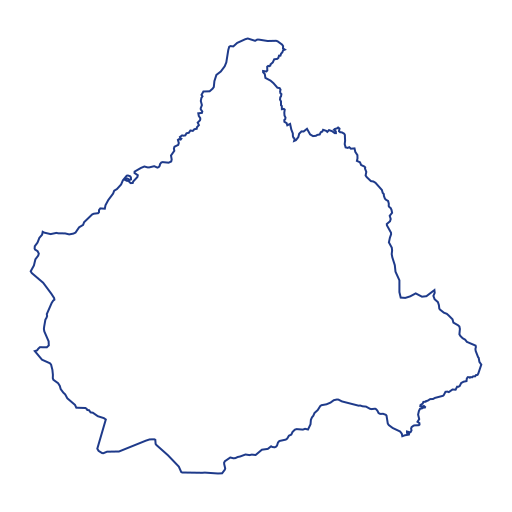 outline of Letefoho, Ermera, East Timor
{"feature_id": "22284137B23883045309989", "entity_name": "Letefoho", "entity_type": "district", "adm_level": 2, "iso_a3": "TLS", "parent_name": "East Timor", "parent_adm1": "Ermera", "projection": "albers", "projection_center": [125.458, -8.838], "detail": "fine", "context": "isolated", "style": "outline", "palette": "blue", "viewbox_px": 512, "rotation_deg": 0, "n_neighbors": 0, "source": "geoboundaries", "source_scale": "gbopen_adm2", "svg_char_len": 5980}
<svg xmlns="http://www.w3.org/2000/svg" viewBox="0 0 512 512"><path d="M284.8,49.6L283.0,48.4L283.1,46.1L282.1,44.6L277.6,41.3L276.1,40.8L267.6,41.0L258.9,39.6L257.2,39.6L255.1,40.8L247.8,38.5L245.3,39.2L237.2,42.9L233.3,46.4L230.4,46.1L229.2,46.8L228.3,49.9L226.3,62.4L224.7,66.3L220.8,71.5L216.4,74.9L214.4,81.1L213.8,87.0L212.6,88.7L209.6,91.3L203.4,91.5L201.5,94.9L202.5,96.3L201.4,97.9L200.8,101.0L201.9,105.1L200.7,108.3L200.8,109.4L202.3,111.5L201.9,112.9L198.3,113.3L198.8,116.0L200.2,118.0L200.3,119.1L200.0,120.3L197.7,122.6L198.9,125.1L196.9,127.3L196.7,128.8L194.4,129.2L192.8,130.9L190.4,130.5L188.8,132.8L186.5,133.3L185.3,135.4L183.3,135.7L182.1,135.4L179.9,137.0L180.3,138.1L181.3,138.7L180.6,139.6L178.9,139.2L177.9,139.9L178.8,143.0L178.2,144.9L174.5,146.7L173.9,148.5L174.3,150.8L171.0,155.5L171.7,159.5L171.2,161.5L168.6,162.7L162.6,162.1L161.3,162.5L160.0,164.2L159.7,165.8L158.7,167.1L157.4,167.6L154.2,166.2L149.2,167.4L147.6,167.4L144.4,166.5L141.0,167.9L134.6,171.6L134.5,173.0L137.8,175.2L137.4,177.0L133.2,181.5L132.7,183.0L130.6,183.1L128.4,180.9L127.1,180.9L125.4,180.1L126.2,178.7L127.3,178.5L129.8,179.9L131.0,179.4L130.9,177.4L130.2,176.3L127.9,175.5L126.7,175.7L122.9,180.3L121.1,184.5L116.9,189.1L114.2,190.7L113.1,193.6L108.3,200.0L105.5,205.2L104.8,208.7L100.3,208.4L99.0,210.1L99.0,212.2L98.1,213.2L93.9,213.7L92.2,214.4L84.1,222.2L83.1,224.9L79.1,227.3L75.5,232.6L73.4,233.6L69.2,234.4L65.1,233.4L58.3,233.3L56.4,232.9L50.6,234.1L44.2,232.6L42.7,231.8L42.1,234.7L39.4,237.8L37.5,242.6L34.8,246.2L34.6,248.5L35.0,249.5L37.6,251.2L38.8,253.6L38.2,255.6L35.4,259.3L33.9,265.5L30.7,271.3L31.8,273.1L43.2,282.8L51.3,293.7L54.1,298.0L54.4,299.7L53.2,300.6L51.7,302.9L46.8,314.1L47.1,316.0L46.5,317.8L45.4,319.6L44.2,326.4L43.9,328.9L44.3,331.4L48.6,341.3L48.8,345.4L46.8,347.3L39.9,347.2L38.2,348.8L37.2,350.3L34.8,351.1L42.0,359.7L50.0,363.3L51.1,364.7L52.4,369.9L52.9,374.8L52.8,378.2L53.4,379.8L58.1,383.2L59.8,385.9L60.7,389.1L63.3,392.6L65.2,394.4L67.3,398.3L75.0,404.9L76.3,407.7L85.3,408.0L86.6,408.8L87.3,410.0L89.0,410.2L90.6,412.4L92.8,412.7L97.8,416.2L103.8,418.1L105.8,419.5L97.3,448.7L98.6,450.9L102.1,453.1L103.4,453.2L107.0,451.7L119.0,451.5L146.0,440.6L149.7,439.4L154.3,439.3L155.3,439.8L155.6,443.9L156.4,445.0L168.0,455.3L178.8,466.6L181.2,472.0L182.2,472.5L202.3,472.8L204.8,472.6L218.1,473.5L222.1,473.3L224.8,469.7L225.2,468.4L224.2,464.1L224.1,462.7L224.9,461.2L230.3,457.5L233.5,458.3L235.4,458.1L237.7,457.0L240.1,456.5L245.5,454.5L249.5,455.1L251.8,454.6L255.6,455.0L261.9,449.7L267.8,448.9L271.1,446.3L272.3,447.0L274.6,447.3L275.9,446.8L277.0,445.6L278.0,442.5L279.4,441.0L285.8,439.6L287.2,438.6L288.9,435.7L291.3,434.6L292.5,432.0L294.8,429.7L296.6,429.1L302.9,429.6L305.1,428.8L308.0,429.5L310.5,424.3L310.9,419.8L312.0,417.3L313.3,415.8L314.5,413.0L317.7,410.1L320.3,406.0L321.5,405.2L326.5,404.3L330.5,402.6L333.8,400.2L336.9,399.5L338.4,399.6L341.9,401.4L358.7,405.7L360.1,405.5L362.6,406.3L366.0,406.6L370.0,408.8L371.5,409.1L375.1,408.7L376.1,409.2L377.4,410.7L378.6,413.1L380.2,413.9L383.1,413.8L385.8,414.8L386.5,415.6L387.8,423.6L388.8,425.1L392.7,428.0L400.1,431.5L401.8,433.7L402.3,436.2L404.8,435.3L408.9,434.6L409.1,433.8L407.0,432.9L407.0,431.5L409.9,432.3L410.6,432.1L411.5,430.4L411.1,428.6L411.6,427.1L413.5,425.7L414.3,425.4L418.8,425.2L419.5,424.6L419.4,423.1L417.5,421.8L419.2,419.1L418.1,414.6L418.9,411.0L420.0,408.8L422.2,408.3L423.2,407.6L424.9,407.5L425.1,407.0L423.9,406.0L421.8,406.6L420.3,406.2L420.5,405.0L422.7,403.6L423.4,401.9L425.7,401.7L426.1,401.0L427.5,400.8L430.2,399.1L433.0,399.0L435.0,397.9L443.0,395.8L443.7,395.2L445.5,391.8L447.3,391.6L448.8,392.1L452.5,389.5L455.6,389.7L457.1,386.7L458.3,386.8L459.7,386.0L461.2,383.0L463.6,381.7L466.5,381.1L466.8,378.6L467.7,377.2L469.3,377.2L469.9,377.7L470.8,377.1L472.1,377.3L473.1,376.4L475.2,376.3L475.8,375.2L477.5,374.9L478.3,373.5L481.3,364.6L479.4,361.9L478.7,357.9L478.1,357.2L475.7,351.0L475.4,349.0L475.9,347.0L475.6,345.6L466.9,341.9L465.2,339.7L462.6,338.2L460.4,336.0L459.4,334.3L459.9,329.0L459.4,326.5L458.1,325.3L453.4,322.6L452.5,319.3L448.5,315.3L446.8,313.8L443.9,312.7L439.9,309.5L439.3,308.6L438.9,305.1L437.9,302.1L434.6,299.2L433.4,295.9L434.7,292.8L434.4,290.1L426.4,296.2L422.0,296.7L415.7,293.4L410.1,296.4L405.3,297.9L400.7,297.6L399.4,292.1L399.4,280.3L395.5,271.7L394.8,265.2L392.3,257.3L391.7,254.1L392.1,250.5L391.8,247.7L388.9,242.4L389.9,237.7L391.1,234.3L391.0,232.7L386.9,225.3L386.8,224.0L390.0,221.3L390.7,219.0L389.7,215.8L392.1,212.8L391.5,209.9L390.7,208.1L389.3,207.0L388.7,206.0L388.8,203.7L388.1,201.0L385.9,199.7L384.9,198.6L383.9,195.9L383.8,194.1L382.7,192.9L381.9,190.0L375.5,182.8L373.4,181.5L370.9,181.1L366.7,177.1L365.6,175.5L366.3,171.9L365.0,168.6L365.2,167.4L364.3,166.5L361.1,165.0L360.0,162.3L356.9,160.9L357.5,158.3L357.4,155.1L355.3,151.9L354.5,148.4L350.9,148.7L349.3,147.2L347.7,147.9L345.6,147.4L344.7,144.1L345.1,140.7L344.9,136.4L344.9,135.0L344.2,133.7L341.9,132.4L340.1,132.2L339.0,131.2L339.5,128.6L338.1,127.5L337.2,128.3L334.8,129.0L334.0,129.7L335.8,131.4L335.9,133.1L334.7,133.1L332.1,131.2L329.0,130.1L327.3,131.9L326.3,130.9L323.1,129.8L322.3,131.6L320.8,132.2L319.7,134.5L317.3,134.9L315.9,135.8L313.0,136.1L310.1,134.4L307.0,128.8L303.6,131.5L301.5,131.4L299.2,133.7L298.3,137.1L295.9,140.2L294.2,140.9L294.6,139.5L294.3,138.3L293.4,137.6L292.9,136.1L292.8,133.4L291.3,129.5L290.1,123.9L287.3,125.3L286.6,123.1L284.4,121.8L284.3,120.0L285.2,119.2L285.5,117.6L284.5,115.5L284.3,112.7L284.7,109.6L283.8,108.9L281.9,109.2L281.8,106.0L281.0,105.2L281.0,101.4L280.0,99.6L280.3,97.2L281.0,96.4L281.4,94.1L280.4,93.2L280.1,91.5L280.5,89.6L279.6,88.1L277.4,87.7L273.4,83.1L270.5,80.6L265.4,77.9L264.8,74.1L263.1,72.2L263.1,71.0L266.3,71.5L267.3,70.5L267.2,66.7L268.2,65.9L269.3,66.2L270.3,65.6L270.5,64.4L272.8,62.4L274.2,59.3L277.2,58.9L278.3,58.0L279.0,55.7L280.4,55.7L281.1,53.6L282.3,52.4L283.1,50.3L284.8,49.6Z" fill="none" stroke="#1e3a8a" stroke-width="2"/></svg>